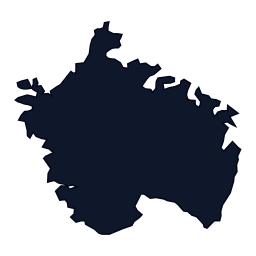 Tuparendi, Rio Grande do Sul, Brazil (Mercator projection)
{"feature_id": "56859067B53312005117926", "entity_name": "Tuparendi", "entity_type": "district", "adm_level": 2, "iso_a3": "BRA", "parent_name": "Brazil", "parent_adm1": "Rio Grande do Sul", "projection": "mercator", "projection_center": [-54.564, -27.693], "detail": "fine", "context": "isolated", "style": "filled", "palette": "ink", "viewbox_px": 256, "rotation_deg": 0, "n_neighbors": 0, "source": "geoboundaries", "source_scale": "gbopen_adm2", "svg_char_len": 2667}
<svg xmlns="http://www.w3.org/2000/svg" viewBox="0 0 256 256"><path d="M25.1,121.3L27.3,130.2L27.5,135.8L29.9,138.0L33.1,132.1L36.1,136.3L41.5,138.4L47.0,139.4L42.5,147.0L49.2,148.9L51.5,151.0L53.9,152.5L45.7,156.3L43.7,158.4L50.8,168.6L48.2,173.4L47.7,182.1L54.2,180.4L58.6,183.0L64.9,184.3L66.9,186.2L61.0,185.9L55.6,191.2L59.8,200.2L65.0,199.6L67.5,202.6L68.0,207.0L74.5,208.5L74.2,213.9L70.7,217.1L72.9,219.2L76.0,222.1L81.3,220.7L84.9,220.7L85.7,224.2L94.6,229.2L98.9,233.1L101.9,234.1L109.4,234.1L122.3,228.7L131.9,225.4L133.9,221.6L139.6,217.3L142.0,214.7L137.3,210.7L134.7,206.3L141.0,193.8L144.3,194.1L150.3,198.2L156.0,197.5L163.7,198.9L167.5,200.6L174.9,202.0L178.4,204.9L180.6,207.5L183.8,211.0L187.8,211.5L191.7,215.0L196.8,216.8L203.4,224.0L204.2,227.0L207.0,228.1L214.3,220.7L219.7,220.7L220.9,215.8L220.7,211.4L222.4,205.0L230.2,192.8L233.5,181.5L234.0,176.7L236.9,171.7L236.5,164.7L238.2,159.7L237.5,156.3L240.6,149.4L238.0,147.5L232.5,141.6L223.8,151.2L220.8,148.0L223.2,141.4L224.3,134.7L228.2,127.8L222.7,123.1L227.2,121.7L231.5,124.3L235.4,126.2L229.7,116.7L238.1,113.3L227.7,105.4L227.5,110.9L222.1,110.7L217.8,112.2L214.7,116.7L212.7,112.8L212.3,109.7L214.8,106.4L218.7,105.9L220.1,101.5L216.2,99.8L210.9,99.1L208.4,95.9L201.4,94.1L198.7,87.5L196.4,90.2L195.1,94.1L200.7,101.5L200.3,104.9L198.5,107.4L195.1,104.7L195.1,100.5L189.8,100.2L187.5,98.8L186.4,94.8L187.4,90.4L190.5,83.3L184.0,79.4L181.0,81.0L180.6,84.3L174.9,86.7L169.6,87.7L163.9,89.7L162.9,83.3L170.3,83.0L174.3,81.6L174.4,78.0L169.7,76.5L158.0,78.1L156.3,81.6L155.9,88.6L152.6,92.3L150.7,89.5L145.1,88.9L141.7,86.3L146.7,79.1L149.4,76.0L153.8,74.4L160.7,68.6L157.7,64.5L154.7,66.9L150.7,66.7L145.7,63.2L139.7,64.1L137.7,59.3L127.8,63.8L128.2,68.3L123.0,67.7L120.4,62.9L114.8,59.3L110.3,58.8L107.6,58.1L105.6,55.9L105.9,52.4L108.8,50.2L112.0,48.2L115.8,47.7L118.4,47.7L120.6,45.3L118.9,40.9L120.8,37.5L121.9,34.5L117.6,33.8L113.4,33.8L110.6,32.5L107.8,31.1L107.9,26.6L108.8,21.9L104.5,22.7L103.5,27.6L100.5,29.0L97.3,29.0L94.6,30.6L95.5,35.0L92.1,39.3L90.5,45.0L89.3,54.0L84.1,62.9L76.0,63.8L76.0,68.8L75.9,72.8L73.2,73.2L70.9,71.5L60.6,84.6L56.5,87.0L50.5,91.2L51.5,95.9L48.2,93.6L41.9,94.1L44.3,91.2L40.9,85.7L36.9,86.4L37.9,83.0L36.1,78.3L33.3,79.6L33.4,84.1L31.7,88.1L33.8,90.1L37.6,92.0L36.4,97.3L29.8,95.6L27.1,95.1L22.0,96.6L18.2,97.8L15.4,100.1L18.2,101.8L20.9,102.6L24.5,103.9L29.0,104.7L32.5,106.1L32.5,109.4L29.0,111.1L24.5,111.6L21.2,115.4L18.7,120.1L25.1,121.3ZM66.9,186.2L72.5,185.0L76.8,186.8L69.6,189.1L66.9,186.2ZM31.7,88.1L27.5,79.6L21.2,81.2L17.3,82.8L18.2,86.7L20.9,88.3L23.9,88.9L27.5,88.8L31.7,88.1Z" fill="#0f172a" stroke="#020617" stroke-width="1.5"/></svg>